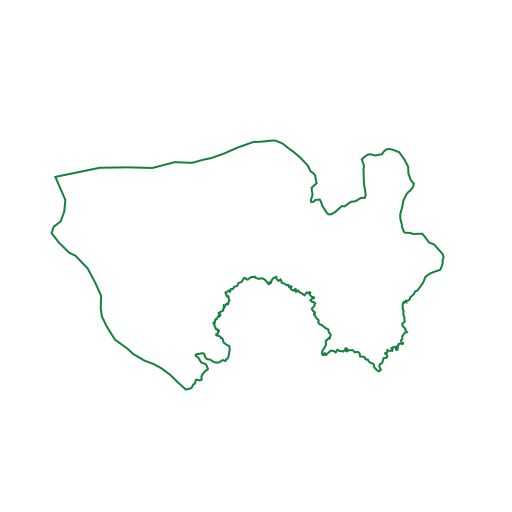 outline of Huameuang, Houaphan, Laos, rotated 335°
{"feature_id": "54806243B56031864903402", "entity_name": "Huameuang", "entity_type": "district", "adm_level": 2, "iso_a3": "LAO", "parent_name": "Laos", "parent_adm1": "Houaphan", "projection": "robinson", "projection_center": [103.862, 20.067], "detail": "fine", "context": "isolated", "style": "outline", "palette": "green", "viewbox_px": 512, "rotation_deg": 335, "n_neighbors": 0, "source": "geoboundaries", "source_scale": "gbopen_adm2", "svg_char_len": 6140}
<svg xmlns="http://www.w3.org/2000/svg" viewBox="0 0 512 512"><g transform="rotate(335 256 256)"><path d="M135.9,347.3L140.5,348.3L142.1,348.1L144.9,346.0L146.4,345.9L147.3,345.2L148.0,344.0L149.2,342.9L150.0,343.0L152.0,344.8L153.7,345.2L154.6,345.0L155.0,343.3L155.9,341.9L157.4,340.7L161.4,338.7L163.7,338.6L164.7,338.1L164.9,333.5L164.2,332.2L161.8,329.9L161.2,328.7L160.8,324.1L160.3,322.6L159.2,321.2L159.4,320.2L160.5,319.9L161.8,320.0L162.6,320.6L165.5,321.2L166.9,321.8L167.6,322.6L167.2,326.2L167.8,328.5L170.7,330.6L172.9,334.1L174.6,335.6L177.0,336.8L178.4,336.8L181.5,336.2L182.6,336.7L183.1,337.7L184.1,338.2L185.3,337.1L187.0,336.8L188.3,335.9L192.7,329.5L193.8,326.5L192.9,325.7L192.6,324.7L191.8,324.0L191.2,322.7L190.4,321.8L190.2,319.4L190.7,317.2L190.5,316.2L189.6,315.6L189.6,314.1L188.0,312.2L186.5,311.2L186.7,310.3L187.9,310.6L188.2,310.0L188.8,309.9L189.4,308.9L190.8,308.3L190.9,307.9L190.5,307.1L190.0,307.1L190.0,306.2L189.2,306.0L189.0,305.5L188.7,304.4L189.1,303.7L188.7,301.9L189.4,300.8L189.0,299.3L189.9,299.6L190.3,299.1L190.3,298.3L191.0,298.4L191.9,296.8L192.6,296.7L192.9,296.2L194.0,296.4L195.6,295.0L196.9,295.3L197.0,294.6L197.7,295.1L198.0,295.0L198.1,294.5L198.8,294.5L198.9,293.4L198.0,292.5L198.3,291.7L203.1,291.6L203.5,290.7L204.0,290.5L204.0,290.0L205.7,289.3L205.4,288.2L206.0,287.0L207.3,288.0L208.2,287.2L209.2,286.9L209.4,286.9L209.7,287.8L210.2,287.9L211.3,286.9L211.9,285.6L213.1,285.2L213.2,283.1L213.9,281.4L213.9,280.7L212.6,280.4L212.8,278.9L212.6,277.2L213.0,276.2L213.5,276.5L216.2,275.8L217.3,277.4L217.9,277.0L218.5,275.7L219.1,275.3L220.9,276.1L221.4,276.1L223.2,274.7L225.7,275.1L227.1,274.7L228.1,273.3L230.3,273.1L231.7,273.5L236.0,270.9L237.2,271.8L237.2,272.7L237.5,273.3L238.7,273.9L239.8,273.4L241.0,273.5L243.1,273.0L244.6,274.0L246.2,274.2L246.4,275.3L246.8,275.9L247.9,277.1L249.4,278.1L252.1,278.7L254.2,281.6L255.5,286.8L256.3,287.0L256.9,286.7L256.8,285.8L257.1,285.5L258.5,286.5L259.4,285.2L261.5,283.6L265.5,283.3L265.6,283.7L265.1,285.0L265.1,285.9L265.7,287.9L266.6,288.1L268.3,287.6L268.4,289.4L267.9,290.8L270.3,293.4L271.2,295.3L272.3,295.4L273.2,296.0L272.7,297.7L273.0,298.6L274.9,298.1L275.2,298.3L275.3,298.6L274.6,299.2L273.8,300.5L273.7,300.9L274.2,301.8L275.4,303.1L277.4,302.5L278.0,302.7L277.9,303.5L276.8,304.4L276.9,305.1L278.4,305.6L279.6,305.1L280.4,307.8L281.6,308.9L283.4,312.1L286.4,310.5L286.7,310.5L287.6,311.7L289.3,311.4L289.8,312.0L288.5,313.6L288.9,315.6L289.3,316.4L291.0,317.9L291.0,318.6L290.6,318.8L289.2,318.3L286.6,319.1L287.5,321.4L288.7,321.8L289.5,323.4L289.6,324.0L288.8,324.1L288.4,325.3L287.1,326.3L284.4,327.2L284.2,327.5L284.6,330.3L285.7,332.1L285.5,332.5L284.3,332.8L283.7,333.6L284.5,335.1L284.2,336.9L285.6,340.8L284.4,342.4L284.5,343.7L285.2,345.3L286.6,346.5L287.0,347.8L287.9,349.1L288.5,350.8L290.2,352.5L290.4,353.6L289.9,354.9L289.8,356.7L290.4,357.6L290.4,358.8L290.1,359.5L289.2,360.1L288.3,361.8L287.6,361.7L287.0,361.2L286.3,361.8L285.7,361.7L284.9,362.2L283.8,362.1L283.2,362.6L282.0,365.9L278.7,368.5L276.2,369.9L275.2,371.3L274.4,373.5L274.7,374.1L275.9,374.4L276.7,373.3L277.3,373.1L277.7,375.4L277.9,375.4L278.8,374.8L283.8,373.3L286.5,375.2L287.3,377.1L287.6,377.2L289.3,375.7L290.4,375.5L291.3,377.2L292.3,378.0L293.5,378.4L294.7,379.5L295.6,379.0L296.8,378.8L297.7,380.7L298.4,380.9L298.9,380.4L298.1,379.1L297.8,377.8L298.0,377.5L298.6,377.6L299.7,379.6L299.7,380.7L303.5,381.9L304.3,383.1L304.8,385.0L307.5,385.8L308.0,386.2L308.7,388.3L307.9,391.1L311.5,393.2L311.8,394.3L311.5,395.7L312.6,396.7L313.5,396.9L313.5,398.3L313.9,399.9L314.9,401.5L316.1,402.5L316.8,403.6L316.9,404.5L316.1,406.9L317.5,410.9L318.7,412.5L320.2,412.3L321.1,411.8L320.9,409.8L321.3,407.9L321.8,407.1L322.9,406.3L324.6,406.5L326.2,405.3L326.6,404.4L328.0,403.2L328.3,402.6L329.3,402.6L330.8,403.4L332.6,402.7L332.7,400.5L331.9,399.7L332.1,398.6L332.4,398.5L333.2,399.0L334.0,398.8L335.1,397.4L335.3,396.8L337.0,398.5L338.3,398.7L339.3,399.5L340.6,398.0L340.6,397.5L340.0,397.2L339.9,396.7L342.1,396.7L342.8,397.1L343.9,397.2L344.2,397.6L344.0,398.9L343.4,400.0L343.8,400.6L344.5,400.7L346.1,398.6L346.1,397.5L347.3,397.2L347.4,396.6L348.0,396.0L349.8,396.2L351.3,397.6L352.2,397.6L352.4,397.3L351.7,397.2L351.5,396.0L351.7,393.8L352.1,393.4L353.6,393.0L354.6,390.7L355.1,390.2L358.3,388.5L360.6,388.8L360.1,386.2L360.6,385.0L359.5,381.7L359.5,380.0L360.2,379.1L362.4,378.6L363.3,377.8L363.7,376.1L364.6,374.6L364.6,371.8L365.8,369.2L366.6,368.3L366.4,366.9L366.9,364.9L367.5,364.4L367.6,363.6L368.7,361.5L369.2,361.2L370.0,361.2L370.2,360.2L371.6,360.3L372.4,361.2L372.5,360.1L372.8,359.8L374.3,360.7L376.7,360.4L377.7,359.2L379.4,358.3L382.5,357.5L385.5,355.3L387.6,355.6L395.9,351.0L400.9,346.4L406.7,345.4L412.7,345.8L415.4,346.3L417.7,346.1L422.2,341.4L423.2,338.7L425.4,336.7L426.0,333.2L422.2,320.6L418.5,316.9L417.4,311.2L416.1,306.1L407.7,302.4L405.3,300.1L400.9,297.9L400.3,296.5L400.6,291.9L401.6,288.5L402.4,283.6L404.4,279.0L409.6,273.0L412.8,268.2L418.2,263.8L421.1,262.4L423.2,262.1L427.7,259.6L429.6,257.1L428.3,252.6L429.0,245.7L431.6,239.4L431.3,231.7L429.7,222.6L425.2,217.8L422.3,215.5L419.2,214.4L415.5,215.5L413.2,217.0L406.1,215.1L402.9,212.2L400.0,211.4L396.1,212.0L392.7,213.1L392.0,220.0L389.9,223.1L384.2,236.6L382.9,241.7L381.1,247.1L379.0,249.4L375.9,247.7L369.3,248.4L364.9,247.0L357.0,248.4L354.9,247.0L346.3,249.6L341.6,250.0L339.2,248.8L338.4,246.6L337.3,238.6L337.8,234.3L337.6,231.7L333.4,230.3L331.0,231.2L328.9,230.4L329.2,228.7L332.5,225.2L333.6,223.2L334.1,220.6L335.4,217.5L341.7,215.7L342.7,211.2L343.7,208.0L342.9,204.9L341.3,202.6L341.2,196.1L337.8,185.8L334.3,178.0L331.4,172.9L327.4,165.0L322.5,159.8L320.2,158.5L307.3,154.0L302.2,151.6L285.8,150.0L269.7,149.6L256.6,148.3L248.6,146.4L237.5,144.6L222.0,136.6L199.2,132.4L176.5,121.1L151.7,110.0L107.6,99.5L106.9,124.6L101.0,134.7L93.7,142.0L84.8,144.1L80.4,149.0L83.1,160.7L88.0,173.9L92.5,179.5L98.2,196.0L99.0,212.1L98.8,226.6L93.3,237.5L90.8,245.6L90.9,256.5L92.8,272.2L100.0,285.0L103.3,293.0L110.8,303.8L117.5,310.6L122.8,317.8L128.0,327.4L131.8,337.4L135.9,347.3Z" fill="none" stroke="#15803d" stroke-width="2"/></g></svg>